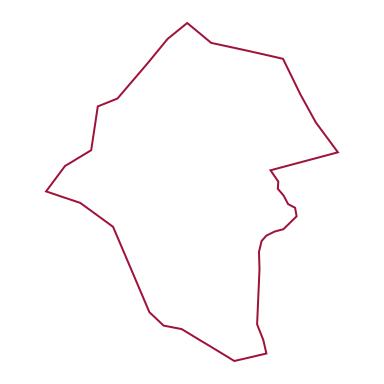 the Municipality of Lielvardes
{"feature_id": "LVA-5769", "entity_name": "Lielvardes", "entity_type": "Municipality", "adm_level": 1, "iso_a3": "LVA", "parent_name": "Latvia", "parent_adm1": "", "projection": "albers", "projection_center": [24.97, 56.715], "detail": "fine", "context": "isolated", "style": "outline", "palette": "rose", "viewbox_px": 384, "rotation_deg": 0, "n_neighbors": 0, "source": "natural_earth", "source_scale": "10m", "svg_char_len": 616}
<svg xmlns="http://www.w3.org/2000/svg" viewBox="0 0 384 384"><path d="M337.9,152.3L270.5,170.3L278.3,181.6L277.8,188.8L283.5,195.4L288.1,204.1L295.1,207.8L296.6,216.3L283.4,229.2L274.5,231.6L266.4,235.6L261.6,241.0L259.0,251.8L259.5,269.3L257.1,324.3L263.3,340.0L266.4,353.5L234.3,361.0L218.1,351.1L200.3,340.4L181.7,329.1L163.6,325.6L149.4,312.2L122.9,249.9L113.1,226.9L97.7,215.6L80.2,202.9L63.8,197.4L46.1,191.4L65.0,166.0L91.2,150.2L97.8,106.4L117.5,98.5L148.0,62.8L167.6,38.9L187.2,23.0L211.2,42.9L248.2,50.9L283.0,58.8L300.5,94.6L315.8,122.4L337.9,152.3Z" fill="none" stroke="#9f1239" stroke-width="2"/></svg>